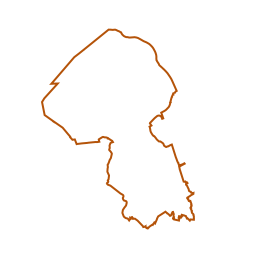 Leudal, Limburg, Netherlands, rotated 287°
{"feature_id": "6326949B97609854971564", "entity_name": "Leudal", "entity_type": "district", "adm_level": 2, "iso_a3": "NLD", "parent_name": "Netherlands", "parent_adm1": "Limburg", "projection": "mercator", "projection_center": [5.85, 51.234], "detail": "fine", "context": "isolated", "style": "outline", "palette": "amber", "viewbox_px": 256, "rotation_deg": 287, "n_neighbors": 0, "source": "geoboundaries", "source_scale": "gbopen_adm2", "svg_char_len": 5440}
<svg xmlns="http://www.w3.org/2000/svg" viewBox="0 0 256 256"><g transform="rotate(287 128 128)"><path d="M217.4,93.5L217.4,92.8L217.8,91.6L218.0,89.3L218.2,88.6L218.3,87.2L218.2,86.7L217.9,86.0L217.3,84.5L217.1,83.4L217.0,82.9L216.4,80.7L196.4,67.2L185.2,59.6L180.0,55.9L147.9,41.8L150.0,47.8L131.9,39.3L127.7,38.2L116.0,44.5L112.8,54.1L112.6,54.2L112.2,55.4L112.4,55.4L109.2,65.4L104.7,72.3L102.8,75.3L102.3,75.3L100.5,78.3L100.6,78.5L101.5,80.5L97.7,83.5L97.8,83.6L97.7,83.7L99.8,88.4L101.7,93.1L102.5,94.8L104.7,100.1L105.3,101.6L105.4,102.4L106.5,104.6L108.3,103.4L108.6,103.4L111.5,105.9L112.1,106.6L112.2,107.0L112.2,108.2L112.6,109.9L112.6,111.0L112.5,111.3L112.5,111.7L112.0,111.8L112.1,112.6L112.1,112.9L111.1,116.3L111.1,116.6L110.1,117.7L108.9,116.0L108.5,115.7L108.0,115.6L105.8,115.5L103.5,116.4L103.2,116.4L102.0,116.3L101.6,116.4L101.3,116.7L100.3,118.4L99.0,119.9L98.6,120.1L94.3,120.4L91.8,119.8L90.1,119.8L87.9,119.6L87.1,119.3L86.8,119.3L84.7,120.2L82.9,120.4L82.2,120.6L80.4,121.0L80.1,121.1L77.1,123.7L76.7,123.8L73.2,124.4L72.9,124.3L72.0,124.0L71.2,124.7L70.7,124.8L70.2,124.7L69.7,124.2L69.4,124.1L69.1,124.2L68.5,124.6L68.4,124.5L67.9,125.3L67.9,126.1L67.8,126.6L67.8,127.4L67.7,128.1L63.3,139.6L63.2,139.8L62.6,142.4L62.4,142.9L62.2,143.2L61.7,143.5L61.1,143.7L60.7,143.7L59.8,143.5L59.5,143.6L59.1,143.7L58.3,144.3L57.8,144.9L57.7,145.1L57.5,145.4L57.5,145.8L57.5,147.0L57.5,147.5L57.3,147.9L56.9,148.3L56.2,148.6L55.4,148.7L53.3,148.8L50.7,147.8L48.3,147.1L47.9,147.1L45.5,147.4L45.1,147.5L42.3,149.7L41.9,150.2L41.3,151.8L41.2,152.3L41.3,154.1L41.2,154.4L41.0,154.8L40.1,155.8L39.9,156.1L40.8,156.3L41.5,157.0L41.7,156.8L42.9,156.3L42.9,156.8L43.1,157.8L43.3,157.8L44.6,157.5L43.1,158.7L43.2,158.9L42.6,159.3L43.3,161.1L42.2,164.3L38.2,171.4L37.8,171.6L37.9,171.8L37.9,172.0L38.5,172.8L38.9,173.2L38.5,173.2L38.3,174.3L38.3,175.2L37.7,175.2L37.7,176.3L40.0,177.4L43.0,179.8L42.8,180.1L45.3,180.8L44.7,181.8L48.8,182.3L50.0,182.3L52.3,182.7L58.9,188.3L57.9,190.3L58.0,190.4L57.2,192.4L56.3,193.9L56.5,194.1L56.7,194.5L56.9,194.6L57.9,194.8L59.3,194.9L60.7,195.2L60.9,195.6L60.0,196.2L59.1,196.9L58.8,197.0L58.2,196.9L56.3,197.7L56.1,197.8L56.1,198.0L55.8,198.0L55.6,198.1L55.3,197.5L55.1,197.5L54.6,197.5L54.1,198.2L54.0,198.5L54.4,203.8L55.0,203.7L55.9,203.5L56.0,203.6L56.3,203.5L56.5,203.6L57.3,204.1L57.1,203.5L57.0,202.7L58.6,202.6L58.9,204.9L58.4,204.9L58.3,205.1L58.9,205.2L59.6,205.6L60.0,204.8L60.7,204.8L60.8,207.6L60.7,207.9L60.7,209.1L60.3,209.3L59.9,209.8L59.4,210.1L58.7,210.9L59.1,211.2L58.1,213.1L57.5,214.2L58.8,214.5L59.5,217.8L59.9,217.7L60.1,217.7L60.4,217.4L60.7,217.5L62.0,217.0L62.3,217.0L62.7,216.8L63.0,216.7L63.4,216.3L63.5,216.3L63.7,216.1L64.1,216.1L64.5,215.9L64.6,215.7L65.0,215.2L65.1,214.9L65.2,214.6L65.5,214.1L66.2,213.6L66.6,213.5L66.8,213.5L66.9,213.3L67.2,213.3L67.3,213.3L67.3,213.1L67.9,212.7L68.2,212.6L68.3,212.5L68.4,212.3L69.0,211.8L69.2,211.5L69.5,211.6L69.9,211.4L70.1,211.2L70.2,211.3L70.3,211.5L70.4,211.4L70.6,211.2L70.8,211.2L71.4,211.4L71.6,211.3L71.8,211.5L72.0,211.4L72.3,211.5L72.5,211.2L73.2,210.9L73.4,210.7L73.6,210.7L73.8,210.9L76.4,209.0L76.0,208.4L76.4,208.0L76.1,207.4L76.9,206.8L77.4,206.1L78.1,205.3L78.6,205.8L79.0,205.3L80.9,207.0L82.4,208.1L83.4,209.2L84.1,209.8L84.9,209.6L84.7,209.4L84.7,208.1L84.7,207.2L84.9,207.1L85.4,206.7L85.4,205.4L85.6,204.9L86.1,204.5L87.4,203.8L88.5,202.7L89.8,201.6L90.1,201.2L90.5,200.5L90.8,200.1L91.3,199.9L91.7,200.3L91.9,200.3L92.4,200.8L92.7,201.0L93.1,200.4L92.8,200.3L92.5,199.9L93.5,198.6L93.1,198.3L93.2,197.7L93.0,196.9L102.4,190.4L102.9,190.1L103.2,189.8L103.7,189.5L104.7,189.0L106.1,188.2L106.8,189.1L107.6,189.8L109.7,191.9L110.4,192.6L110.7,192.2L109.6,191.2L108.4,189.7L108.2,189.4L107.7,188.6L107.8,188.4L107.4,187.6L108.9,186.5L109.1,186.5L109.4,186.3L109.5,186.0L109.5,185.9L110.6,184.9L113.4,182.8L113.7,182.5L124.9,174.8L124.7,174.6L124.8,174.5L124.1,173.6L122.4,172.0L122.2,171.8L121.9,171.1L121.1,170.3L121.0,169.8L121.4,168.4L121.4,168.2L121.7,167.7L122.0,167.4L123.3,166.4L123.8,165.5L123.9,165.1L124.6,162.9L124.5,162.5L124.2,161.6L124.3,161.3L125.5,158.8L126.4,157.7L127.8,155.6L127.9,155.3L127.8,154.9L127.9,154.6L128.8,153.2L130.6,151.2L131.8,150.3L133.1,149.7L134.7,148.9L135.6,148.2L137.2,149.7L138.8,147.6L139.3,147.6L144.1,150.0L145.4,150.7L147.4,152.0L148.1,152.5L148.6,153.2L149.0,154.0L149.0,154.7L149.0,155.3L148.7,156.2L148.3,156.8L146.8,158.0L147.5,158.9L152.4,155.3L154.9,157.8L156.1,158.8L157.1,159.4L159.7,160.7L160.2,160.9L160.7,161.0L162.2,161.2L164.5,161.1L164.7,160.9L165.2,161.3L165.7,160.9L166.2,160.9L168.2,160.8L170.4,160.8L170.6,161.0L170.8,160.9L171.1,160.9L172.5,161.0L172.9,161.2L173.1,161.5L173.2,161.4L173.1,161.2L173.8,161.1L174.5,161.2L174.6,161.4L174.6,161.7L174.7,162.1L174.7,162.5L174.7,162.3L176.7,162.8L177.7,163.7L185.4,157.0L187.5,155.1L189.1,153.3L190.3,151.8L191.9,149.8L193.2,147.7L194.3,145.7L196.4,141.4L196.6,140.9L197.2,139.6L198.4,138.6L200.2,136.4L201.3,135.5L201.3,135.4L202.5,134.9L204.5,134.3L206.1,133.6L207.3,132.8L208.3,132.1L209.1,131.4L211.0,129.5L211.9,128.5L212.8,127.2L213.3,126.3L213.9,125.2L214.6,123.6L215.1,121.5L215.3,120.5L215.6,117.6L216.4,114.2L217.0,111.2L217.0,109.7L216.9,108.8L216.7,107.5L216.5,107.1L215.1,103.5L214.9,102.8L214.8,102.3L214.8,101.2L214.6,100.6L214.4,99.7L214.5,98.4L214.6,97.8L214.8,97.0L215.3,96.0L215.7,95.2L216.2,94.6L216.6,94.1L217.4,93.5Z" fill="none" stroke="#b45309" stroke-width="2"/></g></svg>